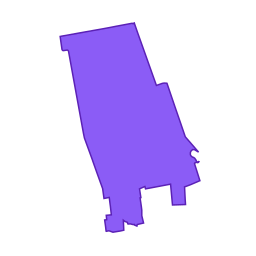 Tia Mare, Olt, Romania (Mercator projection), rotated 96°
{"feature_id": "2599482B77725047520626", "entity_name": "Tia Mare", "entity_type": "district", "adm_level": 2, "iso_a3": "ROU", "parent_name": "Romania", "parent_adm1": "Olt", "projection": "mercator", "projection_center": [24.632, 43.857], "detail": "fine", "context": "isolated", "style": "filled", "palette": "violet", "viewbox_px": 256, "rotation_deg": 96, "n_neighbors": 0, "source": "geoboundaries", "source_scale": "gbopen_adm2", "svg_char_len": 1686}
<svg xmlns="http://www.w3.org/2000/svg" viewBox="0 0 256 256"><g transform="rotate(96 128 128)"><path d="M233.0,138.8L232.6,137.5L232.2,136.2L233.2,132.1L231.3,125.1L230.1,121.5L226.8,122.0L220.2,123.0L221.3,121.2L221.9,118.7L223.2,118.3L223.5,117.9L223.1,115.6L223.3,114.4L223.5,113.1L223.3,111.6L223.8,111.5L224.6,108.9L223.0,108.7L220.9,102.6L213.8,105.1L208.3,105.7L204.8,106.5L196.2,108.7L195.9,107.9L188.8,109.8L187.3,110.2L184.4,105.1L186.7,104.2L179.4,79.8L193.4,77.0L199.9,75.7L198.1,62.8L196.3,63.1L192.9,63.7L180.6,65.6L180.0,64.2L177.8,59.8L173.2,51.6L172.9,51.0L169.4,52.5L161.6,55.9L156.6,58.1L156.1,58.1L155.7,57.8L155.5,57.1L154.9,56.5L155.2,55.1L154.8,54.4L154.1,54.0L154.0,54.4L154.4,54.8L154.6,55.4L154.5,56.1L154.1,56.3L152.7,57.1L151.1,58.5L150.4,59.7L150.2,60.9L148.9,62.7L147.9,63.2L146.0,63.4L144.5,63.0L142.7,61.5L142.6,59.6L144.6,55.3L130.8,70.1L117.0,76.5L101.4,83.8L79.5,93.9L79.4,94.0L79.5,96.1L79.5,96.5L79.8,97.8L80.1,98.7L81.0,100.6L82.7,104.2L32.2,128.4L22.8,132.8L22.9,133.0L23.3,133.0L23.6,133.2L23.7,133.4L23.7,133.8L23.7,134.0L23.6,134.3L23.6,134.5L23.4,134.8L24.0,136.8L27.7,149.2L27.8,149.6L30.0,156.7L32.1,163.8L36.8,180.2L43.6,203.6L43.9,204.6L44.0,204.7L44.2,204.8L44.2,205.0L47.1,204.3L56.2,202.0L56.9,201.8L57.2,201.6L57.5,201.3L57.7,201.1L57.8,200.4L57.7,199.9L57.5,199.2L57.0,197.2L56.9,196.8L56.9,196.4L57.1,195.8L57.4,195.5L57.8,195.2L98.2,183.4L110.8,179.7L138.1,171.7L142.5,170.3L164.0,159.8L164.3,159.7L174.6,154.8L190.9,146.9L200.6,144.5L199.7,141.6L199.0,139.4L205.4,137.9L207.4,137.4L216.1,135.5L217.1,140.5L221.4,139.6L221.9,141.6L228.8,139.9L232.9,139.0L233.0,138.8Z" fill="#8b5cf6" stroke="#5b21b6" stroke-width="1.5"/></g></svg>